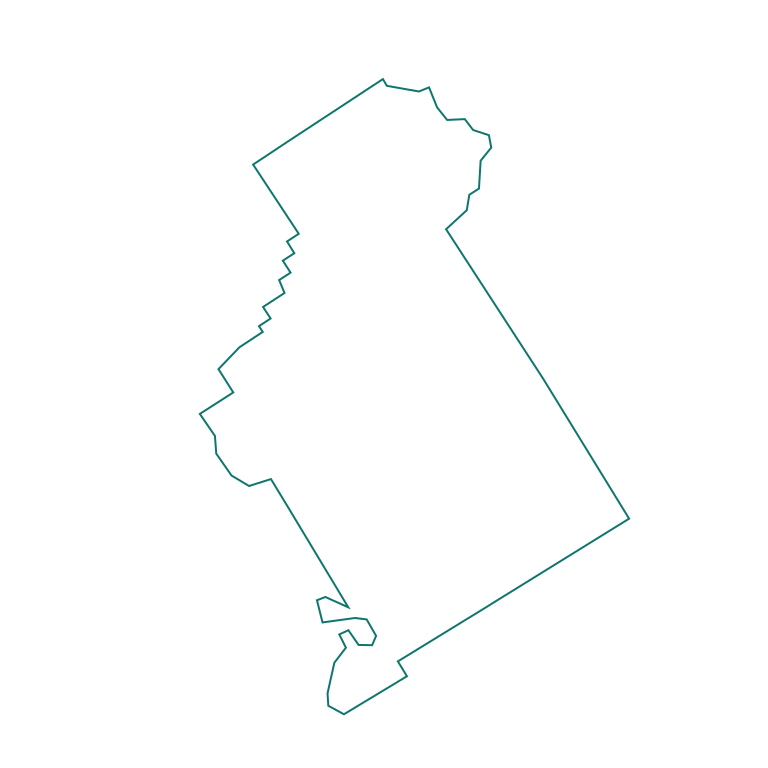 Camden, Missouri, United States of America (Albers equal-area conic projection), rotated 236°
{"feature_id": "52423323B51801670345561", "entity_name": "Camden", "entity_type": "district", "adm_level": 2, "iso_a3": "USA", "parent_name": "United States of America", "parent_adm1": "Missouri", "projection": "albers", "projection_center": [-92.734, 38.036], "detail": "fine", "context": "isolated", "style": "outline", "palette": "teal", "viewbox_px": 768, "rotation_deg": 236, "n_neighbors": 0, "source": "geoboundaries", "source_scale": "gbopen_adm2", "svg_char_len": 898}
<svg xmlns="http://www.w3.org/2000/svg" viewBox="0 0 768 768"><g transform="rotate(236 384 384)"><path d="M299.5,518.9L477.6,522.0L481.8,549.8L493.2,560.6L492.9,572.0L515.1,589.0L520.0,605.1L531.6,610.1L544.7,599.9L558.4,599.1L567.6,584.0L583.6,582.7L604.7,587.2L607.0,576.5L629.6,553.1L637.4,553.6L638.8,439.8L639.1,398.2L556.2,397.3L556.4,383.3L542.6,382.8L542.8,369.1L528.6,368.8L528.8,355.2L515.1,352.4L515.5,326.8L501.7,326.6L501.9,312.7L495.0,312.6L495.3,284.8L488.9,255.1L461.3,254.3L462.2,214.6L435.5,214.8L420.1,206.0L393.4,206.4L374.9,215.1L368.4,237.1L336.4,235.6L218.8,229.5L240.2,216.3L242.2,207.5L220.7,199.7L206.3,229.0L198.5,238.0L179.6,236.6L174.1,228.1L181.9,217.0L199.8,216.8L201.4,206.9L186.7,205.0L180.7,187.0L159.1,164.2L148.4,157.9L132.6,166.1L128.9,239.6L146.3,240.4L141.8,344.5L141.3,358.6L135.3,511.9L299.5,518.9Z" fill="none" stroke="#0f766e" stroke-width="2"/></g></svg>